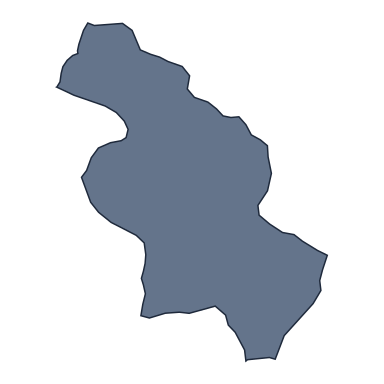 map outline of Hsinchu (Natural Earth projection)
{"feature_id": "TWN-1162", "entity_name": "Hsinchu", "entity_type": "County", "adm_level": 1, "iso_a3": "TWN", "parent_name": "Taiwan", "parent_adm1": "", "projection": "natural_earth1", "projection_center": [121.134, 24.693], "detail": "fine", "context": "isolated", "style": "filled", "palette": "slate", "viewbox_px": 384, "rotation_deg": 0, "n_neighbors": 0, "source": "natural_earth", "source_scale": "10m", "svg_char_len": 1130}
<svg xmlns="http://www.w3.org/2000/svg" viewBox="0 0 384 384"><path d="M56.7,87.1L56.9,87.0L60.0,81.9L61.2,73.3L62.9,66.7L67.2,60.3L72.7,55.5L77.9,53.5L77.5,50.8L78.9,44.2L83.5,30.4L87.8,23.0L94.3,25.5L122.5,23.4L132.1,30.4L140.3,49.9L150.6,54.3L159.6,57.1L168.0,61.5L182.2,66.5L189.6,75.8L187.3,89.0L194.4,97.4L207.9,102.1L216.5,108.9L223.0,115.9L230.9,117.5L238.9,116.8L245.9,124.7L251.3,134.9L260.3,139.8L267.4,145.7L268.1,157.0L271.4,173.4L267.5,190.8L257.9,205.4L259.1,215.2L269.7,224.1L282.5,232.5L294.0,234.6L302.3,241.1L317.4,250.4L327.3,255.3L322.5,269.9L319.7,280.6L320.9,290.5L313.1,303.6L284.2,335.6L275.2,359.2L269.4,357.5L247.5,359.7L245.9,361.0L244.6,350.0L235.2,332.3L228.3,325.1L225.6,315.1L215.2,306.1L189.2,313.3L179.4,312.2L165.3,313.2L149.4,318.0L140.9,315.7L142.8,304.3L145.4,293.8L143.4,284.9L141.4,278.4L143.4,271.3L145.1,263.5L145.8,254.7L144.2,242.9L136.2,235.3L111.1,222.4L98.6,212.3L90.7,202.3L81.5,177.3L86.6,170.5L91.3,157.7L98.4,148.0L110.5,142.7L121.2,140.7L126.1,137.6L128.1,129.4L124.3,121.1L116.3,112.5L105.1,106.0L73.9,95.2L56.7,87.1Z" fill="#64748b" stroke="#1e293b" stroke-width="1.5"/></svg>